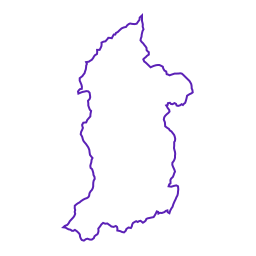 outline of Mogi das Cruzes, São Paulo, Brazil
{"feature_id": "56859067B10888150233547", "entity_name": "Mogi das Cruzes", "entity_type": "district", "adm_level": 2, "iso_a3": "BRA", "parent_name": "Brazil", "parent_adm1": "São Paulo", "projection": "mercator", "projection_center": [-46.187, -23.555], "detail": "fine", "context": "isolated", "style": "outline", "palette": "violet", "viewbox_px": 256, "rotation_deg": 0, "n_neighbors": 0, "source": "geoboundaries", "source_scale": "gbopen_adm2", "svg_char_len": 4131}
<svg xmlns="http://www.w3.org/2000/svg" viewBox="0 0 256 256"><path d="M86.1,62.1L86.9,63.9L86.2,65.6L86.1,67.2L85.8,69.3L85.1,71.3L84.5,73.3L83.5,74.5L82.4,76.1L79.7,78.2L79.7,80.6L80.6,82.7L81.5,84.9L81.9,86.7L81.8,88.8L79.9,89.2L78.9,90.2L78.0,91.5L78.4,93.6L81.0,92.5L82.7,91.9L84.8,91.5L86.3,91.1L88.3,91.4L89.6,92.8L90.0,95.3L90.2,97.2L89.7,98.9L88.0,100.8L88.3,103.2L88.3,105.5L89.2,108.1L89.9,109.8L91.1,110.9L90.5,113.9L90.3,116.5L89.2,117.7L87.3,119.9L86.2,122.4L83.3,122.7L82.1,124.9L82.4,126.4L82.9,127.9L82.1,130.0L81.2,131.7L80.7,134.2L82.1,136.6L83.0,139.8L83.7,141.3L84.8,142.6L86.0,144.0L87.5,146.2L88.3,147.4L89.3,149.9L89.6,152.5L90.0,154.9L91.3,156.6L92.5,158.0L91.6,159.8L91.3,162.3L90.7,164.2L90.3,165.9L90.6,167.9L92.1,169.2L92.7,170.9L93.3,173.0L93.5,175.0L94.5,176.9L94.7,178.9L93.7,180.6L93.3,182.5L93.2,184.3L93.2,186.4L92.7,188.4L91.7,190.2L90.6,191.3L89.5,193.3L89.1,195.9L88.3,197.2L86.9,198.1L85.1,198.7L83.3,199.6L80.9,201.2L79.6,202.4L78.2,203.1L76.7,204.1L74.8,205.7L74.7,208.2L75.2,210.0L74.7,211.9L75.2,213.8L74.4,215.8L73.4,217.3L72.1,218.7L70.9,220.0L69.7,221.3L68.7,223.2L67.3,224.9L64.8,225.9L63.3,227.3L65.5,227.6L66.8,228.4L68.5,229.3L70.5,229.7L71.9,230.8L73.4,230.8L74.9,229.9L76.8,231.2L78.8,233.1L79.8,234.5L80.1,236.8L80.9,238.7L81.8,240.0L83.9,240.6L85.8,239.2L87.4,238.7L90.0,239.6L91.8,239.6L93.8,238.2L94.5,236.3L96.1,235.0L97.4,234.3L98.1,232.8L98.5,231.1L98.3,228.6L99.3,227.4L100.5,225.8L101.3,224.5L103.1,222.9L105.2,223.7L107.4,223.5L109.0,224.7L110.2,225.5L111.4,226.5L113.6,226.9L115.8,226.0L117.0,226.9L117.4,228.5L117.3,230.5L120.2,231.1L122.1,232.0L124.0,232.4L125.7,230.8L126.4,229.0L128.5,227.5L130.9,228.0L131.8,226.4L132.2,224.5L133.0,223.0L134.8,221.9L136.2,221.2L137.7,222.0L139.0,221.2L140.5,220.8L141.7,221.7L142.9,222.7L144.2,221.9L145.6,220.7L146.4,218.9L147.8,218.3L149.8,217.9L151.6,217.5L153.6,217.1L154.8,215.3L155.9,213.3L156.8,211.4L158.1,211.9L158.4,213.6L159.9,212.8L161.8,213.0L164.4,212.1L165.8,210.9L167.4,210.4L167.7,212.2L169.4,213.2L170.2,210.7L171.4,208.4L172.5,206.9L173.3,204.3L174.5,201.5L175.6,199.3L176.4,197.3L177.4,195.5L177.9,193.4L178.0,191.7L178.3,189.2L178.0,186.3L176.3,185.4L173.9,185.9L171.3,186.7L168.6,186.3L169.2,184.4L170.5,183.3L170.5,181.7L170.4,180.1L171.1,178.6L172.9,176.9L173.7,174.9L174.3,173.0L175.0,171.7L174.5,170.0L173.7,168.2L173.0,166.7L172.3,164.8L172.4,162.7L173.6,161.2L174.5,159.4L175.0,157.7L175.0,155.6L175.2,153.9L175.0,152.0L174.4,149.8L174.0,148.1L174.2,145.7L174.2,143.7L174.2,142.1L175.0,140.8L175.2,138.8L174.7,136.5L174.1,134.9L172.8,133.2L171.4,131.4L169.8,130.4L168.9,128.9L167.0,127.7L165.2,126.3L165.0,123.8L164.9,122.3L163.8,119.6L164.2,117.4L165.2,115.8L166.8,114.2L168.3,113.0L169.5,111.6L169.2,109.9L167.7,108.0L167.0,106.6L166.2,105.4L167.7,104.9L167.9,103.2L169.9,102.8L171.0,104.0L172.5,104.2L174.5,103.1L176.0,103.9L176.6,105.5L178.1,105.9L180.1,105.3L181.6,104.2L182.9,105.0L183.8,103.9L185.2,102.8L185.9,100.7L186.5,98.4L187.1,95.7L189.7,94.1L191.5,93.3L192.7,92.4L192.4,90.0L191.7,88.4L191.6,86.0L191.2,84.0L190.5,82.7L189.5,81.0L183.2,74.8L181.8,73.6L180.3,73.3L178.8,73.5L176.6,73.6L174.6,73.6L172.8,74.2L171.3,74.7L169.6,75.3L168.2,74.6L166.7,74.2L166.2,71.5L164.5,70.6L163.3,68.6L162.8,66.7L161.3,65.9L159.4,65.0L157.9,65.0L156.1,65.2L153.8,65.9L152.1,66.6L150.6,67.3L147.0,63.8L145.6,62.5L144.2,61.5L143.3,59.3L144.6,58.0L145.8,57.1L146.9,55.9L148.8,54.6L148.8,52.2L147.6,51.3L146.6,50.1L146.5,47.9L145.6,46.5L144.4,45.1L143.2,43.4L141.7,42.0L140.5,40.3L140.9,38.3L141.5,36.8L141.7,34.7L142.2,32.4L142.6,30.9L143.5,29.3L142.7,26.7L142.8,24.4L142.4,22.5L142.0,21.0L142.0,19.5L142.0,17.4L142.0,15.4L139.7,17.6L139.5,19.8L138.2,21.5L136.7,23.7L134.7,24.1L132.1,23.9L130.1,23.5L128.7,24.1L127.1,25.4L126.1,26.9L123.6,27.5L121.6,28.4L119.5,30.3L117.8,32.0L115.9,33.0L115.3,34.5L113.8,34.5L112.7,36.4L111.8,38.2L110.0,37.9L108.3,37.8L107.4,39.1L106.4,40.2L105.5,41.3L103.4,41.7L101.5,42.6L101.6,44.4L101.4,46.2L100.5,48.2L99.6,49.9L97.1,49.9L97.2,52.4L96.9,54.1L95.1,55.1L94.0,56.4L93.3,57.8L91.8,59.8L90.1,60.8L88.8,61.7L86.1,62.1Z" fill="none" stroke="#5b21b6" stroke-width="2"/></svg>